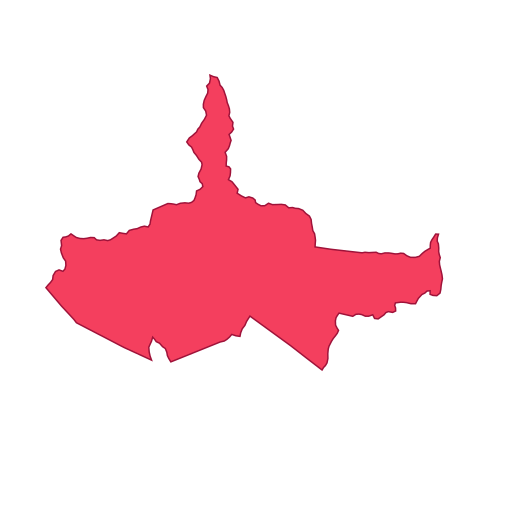 the district of Aracoiaba, Ceará, Brazil, rotated 297°
{"feature_id": "56859067B24661252724236", "entity_name": "Aracoiaba", "entity_type": "district", "adm_level": 2, "iso_a3": "BRA", "parent_name": "Brazil", "parent_adm1": "Ceará", "projection": "orthographic", "projection_center": [-38.671, -4.503], "detail": "fine", "context": "isolated", "style": "filled", "palette": "rose", "viewbox_px": 512, "rotation_deg": 297, "n_neighbors": 0, "source": "geoboundaries", "source_scale": "gbopen_adm2", "svg_char_len": 3758}
<svg xmlns="http://www.w3.org/2000/svg" viewBox="0 0 512 512"><g transform="rotate(297 256 256)"><path d="M250.3,143.4L239.2,146.1L236.3,147.1L232.9,146.7L231.9,143.0L229.5,140.2L226.5,137.8L224.3,134.8L221.3,131.5L216.9,130.5L215.7,127.0L214.7,123.6L210.3,122.4L206.8,120.4L204.4,119.0L202.4,116.9L201.4,113.2L199.1,109.9L198.0,106.6L198.9,103.5L197.4,100.2L195.1,97.4L193.2,94.6L191.7,91.2L190.9,87.4L191.3,84.1L191.7,81.1L188.7,79.8L186.6,77.8L185.1,75.6L181.4,75.2L177.0,78.1L173.4,78.7L170.5,81.1L166.9,85.1L165.0,88.7L161.3,90.9L157.5,91.7L154.7,90.9L154.2,86.8L151.2,84.4L146.5,84.1L142.7,85.5L139.1,84.9L136.1,84.0L132.4,83.2L123.1,105.4L118.8,117.2L116.8,122.6L115.0,126.3L114.8,150.8L114.8,155.6L114.6,175.9L114.6,180.4L115.8,210.2L118.8,207.0L122.0,204.4L126.0,201.9L129.3,201.7L132.4,201.6L136.8,200.8L135.7,203.6L134.4,206.0L134.5,209.7L132.8,213.9L132.4,217.2L129.8,220.2L127.0,222.3L125.1,224.8L123.0,228.2L163.1,263.1L165.8,266.3L168.5,267.9L171.8,269.2L175.1,270.0L175.8,274.4L177.1,278.2L180.7,277.2L184.9,276.8L189.2,277.6L193.3,277.3L196.9,277.6L199.7,277.9L191.8,327.6L188.1,346.8L184.4,366.6L187.3,366.8L190.0,367.6L193.0,367.8L197.3,366.6L201.6,364.3L205.9,362.6L208.7,362.0L211.8,362.0L214.5,362.0L217.7,362.3L221.0,363.0L224.1,363.5L227.2,363.3L228.6,360.9L230.5,358.3L234.2,356.2L237.4,355.3L240.1,355.5L242.8,355.9L246.2,369.6L249.4,371.5L251.0,374.1L251.8,376.8L252.0,380.7L253.5,383.7L256.6,386.7L254.2,390.0L255.4,393.4L261.8,396.8L264.5,397.4L266.5,399.1L267.8,403.4L270.4,405.4L273.1,403.9L274.9,402.0L277.5,401.5L280.6,406.0L281.8,408.6L282.8,411.3L283.8,415.6L285.9,419.8L288.6,419.8L292.0,419.9L297.0,421.3L299.7,423.3L302.4,424.3L304.1,426.9L300.9,428.5L301.2,431.5L302.7,435.1L306.5,436.8L310.2,435.8L313.7,434.4L316.6,433.5L320.3,432.5L323.7,430.2L326.6,427.8L328.9,425.8L331.5,423.6L334.4,421.8L338.2,420.9L340.5,418.6L342.8,416.8L346.1,415.2L349.6,413.0L351.5,410.7L354.5,409.4L358.3,408.7L357.1,406.1L353.4,405.8L350.4,405.4L347.4,405.4L344.7,406.4L342.1,407.7L339.7,406.1L336.8,404.3L333.8,403.0L329.9,401.7L327.1,398.6L324.9,394.1L324.7,390.2L325.3,386.4L324.2,383.6L322.4,381.5L321.0,379.0L320.2,376.4L319.2,373.4L317.3,369.5L314.8,366.6L313.9,364.0L313.9,361.4L312.3,358.6L310.2,355.0L308.8,351.4L307.0,349.1L296.0,319.7L290.9,304.5L293.6,303.3L297.0,301.9L299.5,300.2L302.4,298.1L304.4,295.1L307.3,293.0L310.1,290.8L313.6,288.5L315.8,285.5L316.5,281.1L318.0,276.9L317.6,272.4L316.3,269.3L315.8,266.6L313.8,263.3L314.8,258.9L313.5,255.1L311.3,251.2L309.2,247.3L308.7,243.2L304.8,241.0L303.0,237.7L303.0,234.3L303.4,231.4L305.5,229.8L306.2,226.8L305.5,222.8L303.0,220.2L302.9,215.8L303.4,210.7L307.3,209.7L309.3,205.3L311.2,201.1L311.5,196.8L315.6,196.5L318.7,195.4L322.1,193.8L323.2,191.4L322.6,188.6L325.5,187.2L328.2,186.2L331.4,184.6L334.4,181.4L339.0,182.6L342.2,182.3L345.0,181.7L347.7,181.3L349.8,179.2L352.1,176.8L355.3,178.0L358.9,178.4L361.0,176.1L364.6,174.8L366.9,170.6L368.6,168.2L372.0,167.4L375.0,165.5L377.5,163.1L379.6,160.7L381.8,159.0L384.5,156.6L387.1,153.9L389.0,152.0L390.8,149.3L391.9,146.4L395.0,143.7L397.4,140.4L396.5,136.7L396.2,132.9L393.3,134.9L388.9,136.1L385.0,134.9L382.5,137.7L379.2,139.0L375.3,139.0L371.2,139.2L367.3,140.2L364.3,141.8L362.3,145.4L359.0,148.0L354.3,148.0L349.6,147.3L345.5,147.4L342.7,146.6L339.5,146.7L337.0,145.7L334.3,144.7L330.9,143.0L326.2,142.5L324.5,145.7L323.8,149.1L322.1,151.4L320.1,153.7L318.5,157.4L316.2,161.3L314.9,164.9L312.9,166.5L308.5,167.6L303.9,167.5L300.5,168.3L298.7,170.5L296.8,172.4L296.0,175.3L293.7,177.1L290.0,175.9L287.0,173.5L283.4,174.8L280.0,175.3L277.3,175.5L274.5,174.2L272.5,172.1L271.1,168.5L268.6,164.6L265.6,161.9L264.8,158.9L263.9,156.3L262.7,153.6L250.3,143.4Z" fill="#f43f5e" stroke="#9f1239" stroke-width="1.5"/></g></svg>